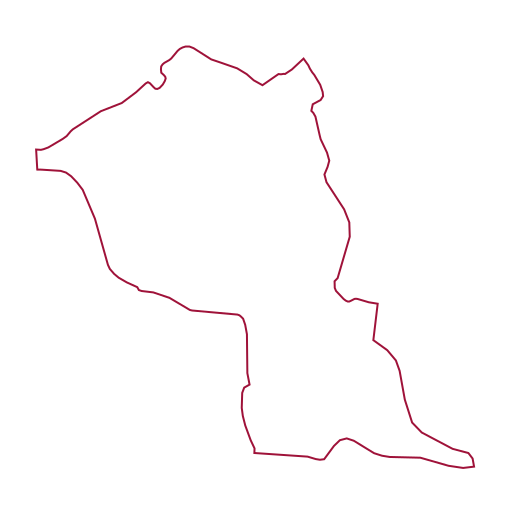 the border of Babil, rotated 181°
{"feature_id": "IRQ-3472", "entity_name": "Babil", "entity_type": "Province", "adm_level": 1, "iso_a3": "IRQ", "parent_name": "Iraq", "parent_adm1": "", "projection": "robinson", "projection_center": [44.536, 32.662], "detail": "fine", "context": "isolated", "style": "outline", "palette": "rose", "viewbox_px": 512, "rotation_deg": 181, "n_neighbors": 0, "source": "natural_earth", "source_scale": "10m", "svg_char_len": 1907}
<svg xmlns="http://www.w3.org/2000/svg" viewBox="0 0 512 512"><g transform="rotate(181 256 256)"><path d="M188.5,53.4L192.7,54.0L200.9,56.3L254.2,59.0L254.1,63.6L258.1,71.7L263.8,86.4L266.4,95.9L267.6,103.9L267.4,118.9L265.5,124.2L260.2,127.3L262.6,138.7L263.7,177.6L265.6,187.0L267.8,193.1L270.0,195.2L271.5,196.4L273.5,197.1L319.0,200.4L321.2,200.9L341.7,212.6L358.0,217.8L369.7,219.0L372.5,219.9L374.2,222.8L384.6,227.3L392.9,231.9L397.5,235.6L401.9,240.5L403.9,244.6L417.7,290.5L430.4,319.1L436.0,326.2L442.2,332.5L447.4,336.1L452.8,337.7L472.0,338.6L476.2,338.6L477.1,350.6L477.7,358.6L472.9,358.4L470.2,359.1L465.6,360.9L451.3,369.7L447.4,372.6L443.5,377.4L441.3,379.5L413.6,398.1L392.9,406.6L378.8,417.6L369.3,426.6L367.1,427.9L365.1,426.9L361.4,423.1L359.6,421.5L357.6,421.3L355.3,422.4L352.2,425.8L350.3,429.2L349.4,431.9L349.9,433.7L351.3,435.3L353.9,437.6L354.3,441.1L354.1,443.9L352.7,446.0L351.0,447.5L346.1,450.4L344.2,452.0L338.0,459.7L335.8,461.7L333.1,463.2L330.1,464.2L326.3,464.3L322.0,462.7L304.2,451.8L294.5,448.7L278.1,443.3L268.5,437.7L261.3,431.6L252.5,426.9L236.7,438.3L234.2,438.1L231.5,438.6L230.1,438.5L223.4,443.1L211.9,454.2L207.0,447.6L205.4,444.3L203.0,440.6L200.9,438.1L194.8,428.3L192.2,421.1L191.7,417.0L194.1,413.1L201.9,408.7L203.2,402.1L201.2,400.1L199.0,396.4L194.5,378.0L193.4,373.9L186.8,360.6L184.4,352.6L186.0,346.3L189.0,338.7L186.8,331.0L168.7,304.2L163.3,291.2L162.6,276.9L174.0,235.3L177.0,232.1L176.8,227.8L176.7,225.5L175.4,222.5L167.6,214.5L165.4,212.9L163.5,212.1L162.0,212.1L160.3,212.9L156.8,214.8L155.3,215.0L153.6,214.8L142.4,211.7L133.5,210.4L137.2,173.9L123.1,164.1L114.3,154.0L110.4,143.7L104.7,115.0L97.0,92.2L87.2,82.4L56.0,66.6L40.2,62.7L35.9,57.3L34.3,49.2L45.2,47.7L59.8,49.6L88.2,57.2L118.8,57.4L126.5,58.5L134.5,60.9L155.0,73.0L162.1,75.2L168.9,73.3L174.7,67.5L184.3,54.0L188.5,53.4Z" fill="none" stroke="#9f1239" stroke-width="2"/></g></svg>